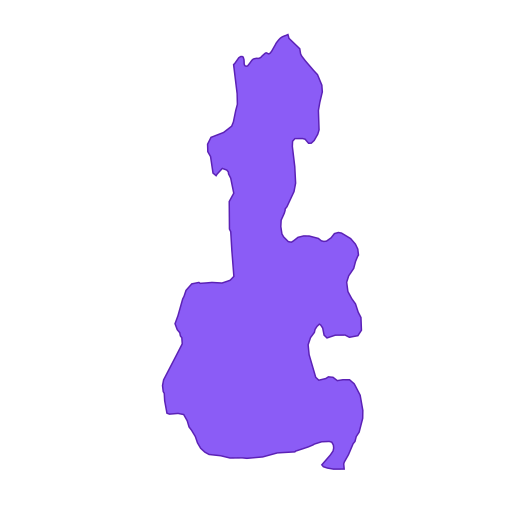 outline of San Raimundo, Guatemala, rotated 356°
{"feature_id": "79465075B35150348928705", "entity_name": "San Raimundo", "entity_type": "district", "adm_level": 2, "iso_a3": "GTM", "parent_name": "Guatemala", "parent_adm1": "", "projection": "equal_earth", "projection_center": [-90.553, 14.796], "detail": "fine", "context": "isolated", "style": "filled", "palette": "violet", "viewbox_px": 512, "rotation_deg": 356, "n_neighbors": 0, "source": "geoboundaries", "source_scale": "gbopen_adm2", "svg_char_len": 2864}
<svg xmlns="http://www.w3.org/2000/svg" viewBox="0 0 512 512"><g transform="rotate(356 256 256)"><path d="M356.3,265.6L357.4,263.4L358.3,262.2L358.0,256.2L356.0,251.1L351.6,245.2L342.9,239.1L339.8,238.3L335.8,239.1L332.2,243.1L327.3,246.1L324.7,246.2L322.2,245.4L319.4,242.8L310.5,239.8L304.9,239.3L299.2,240.3L294.5,243.5L292.2,244.7L289.2,243.9L284.9,238.9L283.4,235.8L282.8,228.4L283.6,222.0L287.2,215.3L288.2,212.6L288.4,211.1L290.3,209.0L298.4,194.4L300.6,186.1L300.9,169.4L299.9,149.2L300.5,144.1L303.0,141.6L310.7,142.1L313.1,142.9L316.3,147.2L319.0,147.3L322.1,144.8L326.1,138.8L327.7,134.6L328.4,115.2L330.4,107.1L333.6,96.9L333.6,90.2L330.0,79.4L326.3,74.8L318.8,64.7L315.6,59.9L314.6,57.6L314.1,52.3L304.1,41.2L303.3,37.3L301.1,38.1L299.8,38.4L298.7,38.8L297.5,39.2L295.6,40.3L294.8,41.0L293.8,41.9L292.3,43.5L291.6,44.3L290.8,45.3L290.1,46.5L285.9,52.8L284.2,54.7L282.9,55.3L281.9,54.9L280.7,54.1L279.6,54.2L278.5,55.0L277.3,55.9L275.8,57.1L274.7,58.2L272.9,59.0L271.6,59.0L270.2,58.8L268.9,59.0L267.9,59.1L266.8,59.5L265.6,60.4L263.0,63.5L260.9,65.8L259.7,66.0L258.5,65.7L257.9,64.9L257.6,63.6L257.7,61.2L257.7,59.3L257.1,56.7L256.0,56.0L254.5,56.0L252.6,57.1L251.8,58.1L249.1,61.4L248.3,62.4L247.0,63.5L248.5,92.7L248.0,103.4L246.0,109.2L242.8,120.7L240.8,124.8L232.3,130.5L219.4,134.5L215.5,141.1L215.2,148.6L217.6,153.6L218.9,170.3L221.8,173.1L222.8,171.7L228.5,166.3L232.8,168.2L234.2,170.1L234.4,172.3L236.2,176.6L238.2,191.8L233.1,199.8L231.4,227.3L232.5,230.0L232.3,248.6L232.5,274.8L228.5,278.4L225.2,279.3L220.2,280.6L210.2,279.3L204.5,279.4L198.4,279.4L197.2,278.4L190.0,279.3L183.8,285.4L181.4,291.2L179.9,293.7L179.1,295.9L174.0,310.1L170.5,317.9L172.3,324.0L174.6,327.2L175.0,330.4L176.3,332.4L176.3,338.5L169.7,349.4L155.2,373.1L153.7,378.8L154.0,384.8L154.9,386.6L154.8,394.0L156.2,406.6L158.6,407.7L167.3,407.6L172.8,409.1L175.9,415.6L177.3,421.9L179.6,425.4L182.9,431.9L184.6,438.3L187.4,444.0L191.3,448.1L195.3,450.7L206.9,452.8L216.0,455.7L228.2,456.4L232.8,457.2L248.7,456.9L263.6,453.9L281.1,454.1L281.9,453.4L294.8,450.1L299.8,448.4L301.0,447.7L308.5,445.9L316.1,446.1L318.6,447.0L320.0,450.0L320.1,452.9L319.3,455.9L316.3,459.7L307.1,468.9L308.5,470.9L312.4,472.5L318.4,474.0L329.1,474.7L329.0,469.5L329.7,467.7L334.4,460.6L339.8,450.0L341.8,447.9L343.4,443.1L346.6,438.9L351.1,425.4L351.8,417.5L350.2,402.2L346.1,392.7L345.0,390.3L340.7,386.0L334.1,385.5L328.4,386.0L324.4,382.4L319.8,381.6L317.1,383.1L310.0,384.3L307.1,381.2L302.1,358.2L301.8,348.2L304.7,341.2L308.9,336.3L309.8,333.3L311.9,330.5L314.4,328.4L315.7,329.3L317.5,332.5L318.4,339.7L321.1,342.7L329.6,340.5L339.4,341.1L343.5,343.6L352.1,342.6L356.0,337.4L356.4,324.7L354.0,319.1L351.9,310.7L348.5,305.2L345.2,297.9L344.6,288.5L347.1,282.2L351.5,276.6L352.6,275.2L354.9,268.4L355.7,266.8L356.3,265.6Z" fill="#8b5cf6" stroke="#5b21b6" stroke-width="1.5"/></g></svg>